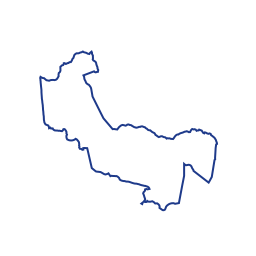 Esplanada, Bahia, Brazil, rotated 147°
{"feature_id": "56859067B16416208694581", "entity_name": "Esplanada", "entity_type": "district", "adm_level": 2, "iso_a3": "BRA", "parent_name": "Brazil", "parent_adm1": "Bahia", "projection": "robinson", "projection_center": [-37.881, -11.95], "detail": "fine", "context": "isolated", "style": "outline", "palette": "blue", "viewbox_px": 256, "rotation_deg": 147, "n_neighbors": 0, "source": "geoboundaries", "source_scale": "gbopen_adm2", "svg_char_len": 4839}
<svg xmlns="http://www.w3.org/2000/svg" viewBox="0 0 256 256"><g transform="rotate(147 128 128)"><path d="M84.4,41.3L72.9,54.0L71.9,54.3L71.4,55.3L65.3,63.6L63.0,66.2L62.0,66.2L61.5,67.3L61.2,68.8L60.8,70.3L60.8,71.4L60.8,72.8L61.4,74.6L61.7,75.6L62.2,76.7L61.9,78.0L62.5,79.0L63.7,79.3L64.6,80.4L65.3,81.8L66.0,82.5L67.0,82.0L67.6,83.0L67.6,84.0L67.6,85.7L68.5,86.9L69.2,87.9L70.1,87.5L71.1,88.1L72.0,88.3L72.1,89.7L72.8,90.7L73.7,91.0L74.7,92.2L75.9,92.0L76.8,91.6L78.1,90.8L79.2,91.3L79.8,92.4L80.5,93.3L81.3,93.5L82.4,94.0L83.5,94.2L84.4,94.3L85.4,94.6L86.3,94.9L87.9,95.2L89.3,95.1L90.0,95.6L91.0,95.8L92.0,95.7L92.8,95.5L93.7,95.2L94.7,94.7L96.2,94.2L97.1,94.9L97.9,95.5L98.8,96.7L99.8,97.3L100.6,98.0L101.4,98.1L101.6,99.2L102.0,100.1L102.8,100.7L103.3,101.4L103.9,102.5L104.8,103.1L105.9,103.3L107.1,103.6L107.8,105.0L108.2,106.3L108.7,107.1L108.6,108.2L108.6,109.3L109.4,110.6L110.0,111.7L110.3,112.8L110.6,113.9L111.3,114.4L112.2,115.4L112.6,117.2L113.2,118.2L113.4,119.4L114.4,120.5L115.0,121.5L116.1,122.2L117.2,122.3L118.1,122.9L119.6,123.2L121.0,123.8L121.5,124.5L122.3,125.3L122.8,126.4L123.4,127.4L123.6,128.3L124.3,129.1L125.0,129.7L125.5,130.6L126.7,131.2L127.9,131.1L128.8,131.3L129.4,132.0L130.1,132.8L131.0,133.6L132.3,133.9L133.6,133.8L135.1,133.6L136.5,133.1L137.8,132.6L139.1,133.7L140.3,134.8L141.5,135.4L143.3,149.5L142.7,155.2L140.6,173.7L137.6,180.7L137.2,181.9L137.1,183.3L137.2,184.5L137.3,185.6L138.0,186.7L138.5,188.3L138.3,189.7L138.1,190.7L138.0,192.3L137.6,193.5L136.9,194.8L136.7,196.4L125.6,194.0L125.4,193.0L124.7,192.2L123.5,192.0L122.7,191.5L121.4,192.8L121.2,194.4L120.5,195.7L120.2,197.4L119.8,198.8L119.3,200.0L119.2,201.2L119.7,202.4L120.3,203.7L120.2,204.8L119.3,205.6L118.8,206.7L118.1,207.6L117.9,208.8L117.8,209.8L117.2,210.7L117.0,211.9L118.0,211.8L119.1,211.6L120.1,211.1L121.3,212.3L122.0,213.7L123.0,214.8L123.9,215.8L124.2,216.7L125.6,216.8L127.0,217.3L128.6,217.5L129.7,218.1L130.6,218.7L131.9,218.7L133.3,218.4L134.4,217.5L135.6,216.5L136.9,216.2L138.0,215.4L138.9,214.9L140.0,214.4L141.3,215.1L142.5,214.9L143.5,215.4L144.5,215.4L145.3,215.6L145.8,216.9L146.6,217.3L147.2,216.5L148.1,216.1L149.2,216.5L150.2,216.3L151.3,216.2L151.9,215.4L152.6,214.2L153.5,212.8L154.7,212.0L156.1,211.8L157.2,210.6L158.0,209.2L159.2,208.6L160.6,207.9L162.0,207.7L163.4,208.1L164.5,209.0L165.3,209.5L166.1,210.0L167.2,210.4L168.4,210.6L169.5,211.7L170.4,212.5L170.7,213.6L171.0,214.5L171.2,215.4L172.1,216.2L172.9,217.2L173.5,218.5L174.4,217.8L174.9,216.6L175.5,215.6L176.0,214.5L176.5,213.7L177.2,212.3L178.2,210.4L178.8,209.2L179.5,207.8L180.2,206.5L180.8,205.6L181.4,204.6L182.3,203.0L182.9,201.9L183.5,200.8L184.2,199.6L184.6,198.7L185.2,197.4L185.9,196.1L186.5,194.8L187.1,193.5L187.8,192.3L188.3,191.3L188.9,190.3L189.5,189.2L189.9,188.3L190.6,187.0L191.6,185.2L192.2,183.8L192.8,182.8L193.5,181.6L194.1,180.6L194.5,179.5L195.0,178.5L195.2,177.2L195.2,175.9L194.3,174.6L193.5,173.5L193.7,172.1L194.3,170.8L192.9,170.6L192.8,169.4L191.4,168.7L191.5,167.7L191.2,166.7L190.6,165.7L188.7,164.4L187.8,163.5L187.0,163.1L186.1,162.2L185.1,161.3L183.9,161.5L182.8,162.2L181.8,161.6L181.6,160.4L181.6,159.2L181.8,158.1L182.6,157.0L182.8,155.6L183.8,155.1L184.5,154.1L185.0,152.9L185.2,151.6L184.6,150.6L184.1,149.9L183.4,149.2L182.3,148.4L181.1,147.8L179.9,147.5L178.8,147.3L177.9,147.5L177.3,146.6L177.1,145.7L176.9,144.2L176.9,142.8L177.3,141.9L177.8,140.8L178.5,140.1L178.7,139.1L179.5,138.4L179.7,136.8L178.6,135.9L178.2,134.6L177.2,134.2L176.4,135.5L175.2,134.8L174.0,133.9L173.2,133.3L180.2,114.1L178.6,109.1L177.7,108.2L176.9,107.6L176.2,107.0L175.0,106.0L174.4,104.9L173.7,103.5L173.1,102.3L172.2,101.3L170.3,100.7L169.1,100.6L169.0,97.2L168.0,97.0L167.2,96.3L166.5,95.8L165.5,95.1L164.8,94.5L164.0,94.1L163.4,93.3L163.0,92.3L162.7,90.9L163.0,89.2L162.2,87.6L161.5,86.8L160.7,86.0L159.7,85.3L158.8,84.2L158.1,83.6L157.3,83.1L156.5,82.4L155.6,81.3L154.7,80.1L153.8,79.0L152.9,78.0L152.2,77.4L151.2,76.7L150.2,75.6L149.3,74.7L148.8,73.9L147.8,72.7L146.7,71.6L145.9,70.7L145.0,70.0L144.4,69.2L143.5,68.1L143.1,67.1L143.0,66.1L143.2,65.2L145.2,66.0L145.8,66.8L147.1,67.2L147.9,66.2L148.8,65.9L150.0,65.6L150.9,64.9L151.1,63.9L151.3,62.8L151.8,61.3L152.2,59.5L152.8,58.3L153.8,58.2L154.9,57.6L153.8,56.5L152.7,55.9L151.6,56.3L151.3,55.4L149.6,54.1L147.5,53.3L146.7,51.7L146.3,49.9L145.3,49.3L144.5,48.8L144.0,47.3L143.9,46.2L144.1,45.2L145.1,43.8L143.7,40.3L142.8,39.6L141.7,39.4L140.8,39.8L140.0,40.4L138.8,41.3L137.4,41.7L136.1,41.8L135.0,41.8L133.9,41.6L132.6,41.2L131.5,40.6L130.7,40.1L129.8,38.8L126.2,37.3L113.6,50.5L110.0,54.2L107.0,57.3L100.5,67.3L100.2,66.2L99.7,65.2L98.3,64.6L97.1,64.1L96.4,63.4L95.9,62.5L95.7,61.2L96.0,59.9L96.1,58.6L96.0,57.5L96.4,56.3L90.1,38.3L88.7,39.0L84.4,41.3ZM157.9,57.3L157.5,56.5L156.2,57.5L157.9,57.3Z" fill="none" stroke="#1e3a8a" stroke-width="2"/></g></svg>